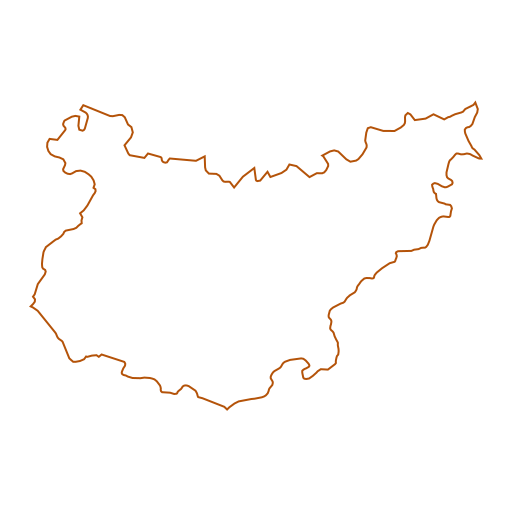 map outline of Badajoz (Robinson projection)
{"feature_id": "ESP-5807", "entity_name": "Badajoz", "entity_type": "Autonomous Community", "adm_level": 1, "iso_a3": "ESP", "parent_name": "Spain", "parent_adm1": "", "projection": "robinson", "projection_center": [-5.947, 38.694], "detail": "fine", "context": "isolated", "style": "outline", "palette": "amber", "viewbox_px": 512, "rotation_deg": 0, "n_neighbors": 0, "source": "natural_earth", "source_scale": "10m", "svg_char_len": 5836}
<svg xmlns="http://www.w3.org/2000/svg" viewBox="0 0 512 512"><path d="M45.7,271.6L45.2,270.0L44.2,269.3L43.1,268.7L42.3,267.4L42.1,265.8L42.0,263.7L42.4,259.1L43.5,252.2L44.1,250.7L45.5,248.0L45.8,247.2L53.3,241.4L55.7,239.6L58.2,238.6L61.0,236.4L63.3,233.9L64.2,231.9L65.8,230.6L73.6,229.0L76.3,227.8L78.3,225.8L80.3,224.2L81.7,223.3L81.5,220.4L82.4,217.3L80.1,213.3L83.7,210.4L87.4,205.5L93.1,195.2L94.7,193.1L95.6,191.1L95.4,189.2L93.5,187.8L94.7,184.3L93.6,180.4L91.3,176.7L88.6,174.3L84.8,171.8L80.5,170.6L76.1,171.1L72.1,173.4L70.1,174.1L67.5,173.7L65.1,172.5L63.4,170.9L63.1,169.2L65.0,165.2L65.4,163.1L63.3,159.3L59.4,157.5L54.8,156.4L50.7,154.2L48.4,151.0L47.1,146.9L47.4,142.7L49.6,138.9L57.4,139.9L65.2,130.1L65.6,129.1L65.3,127.8L63.5,125.7L63.1,124.2L63.3,123.4L64.2,121.1L64.7,120.5L71.8,116.7L75.4,115.9L79.3,116.6L78.4,125.8L79.3,129.7L82.6,130.7L83.9,130.0L84.8,128.7L87.8,118.0L87.9,116.3L87.5,114.9L86.8,113.7L85.7,112.6L80.4,109.7L83.3,105.2L110.0,116.0L112.8,116.2L119.2,114.9L122.3,115.1L124.8,117.3L128.0,124.5L131.4,127.1L132.8,132.4L131.0,137.4L124.5,145.3L128.3,153.5L129.7,155.2L144.4,157.9L148.0,153.5L160.4,157.0L161.2,157.5L161.6,158.2L161.8,160.0L162.2,160.9L162.8,161.7L163.6,162.2L165.4,162.7L167.0,162.3L168.7,159.7L169.8,158.5L196.0,160.8L204.7,156.4L205.1,167.4L205.8,170.4L208.9,173.6L216.4,173.9L219.4,175.7L222.4,180.4L223.6,181.5L225.1,181.8L228.9,181.7L229.9,182.0L234.1,187.5L242.9,176.7L254.3,168.0L255.9,179.9L256.3,180.6L257.3,181.1L260.2,180.6L267.5,171.8L270.4,177.0L281.5,173.0L286.4,169.7L289.4,164.5L296.5,166.1L309.5,177.1L316.8,173.2L322.1,173.3L324.2,172.4L326.2,170.1L328.2,166.0L328.1,163.9L323.3,156.3L322.3,155.6L330.1,151.4L334.2,150.4L338.2,151.5L346.3,159.3L350.4,161.7L356.1,160.6L358.4,159.1L362.5,154.3L366.5,147.5L366.7,145.8L366.5,144.4L365.5,141.9L365.2,140.5L366.3,132.6L367.8,128.2L370.8,127.2L383.2,130.9L394.5,131.0L400.8,127.5L403.8,125.0L404.8,123.3L405.1,121.4L405.0,117.2L405.4,115.3L407.8,113.0L410.4,114.4L414.8,120.1L425.6,118.6L433.5,114.3L444.2,119.4L448.3,117.1L449.2,117.0L450.4,116.6L451.5,115.9L455.2,114.2L461.2,112.5L463.0,111.7L465.3,109.0L473.5,104.9L475.3,102.5L477.8,109.1L477.2,112.6L474.8,117.1L472.4,124.0L470.8,125.9L469.2,127.0L467.4,127.3L466.0,128.0L464.8,129.6L464.9,131.7L465.3,133.5L468.5,140.9L471.4,146.0L471.7,146.8L472.5,148.2L474.5,149.6L479.3,155.1L481.3,158.6L479.1,158.5L478.3,158.2L472.5,155.5L471.2,154.7L469.8,154.0L466.9,153.5L463.9,154.2L462.4,154.3L460.8,154.3L457.9,153.5L456.5,153.5L455.4,154.4L454.4,155.6L453.4,156.9L451.1,159.3L449.9,160.3L449.2,161.6L448.5,163.9L446.5,172.4L446.5,175.2L447.1,177.3L448.2,178.4L451.1,180.0L452.2,181.1L452.6,182.9L452.0,184.3L448.0,186.5L446.6,187.1L444.9,187.3L441.9,186.3L437.8,183.9L436.4,183.5L434.8,183.1L433.4,183.6L432.1,184.7L432.2,186.0L432.6,187.5L433.2,189.0L433.4,190.5L433.8,192.0L434.6,193.0L435.4,193.6L436.0,193.9L436.0,194.1L436.2,195.6L436.3,197.0L436.5,198.5L437.0,200.0L437.8,201.2L438.9,202.1L444.6,203.6L445.7,204.3L450.1,204.9L451.2,206.2L451.9,208.4L451.0,211.3L450.3,215.9L449.5,216.9L448.2,217.0L443.5,216.4L442.0,216.6L440.5,217.1L439.1,217.8L438.0,218.9L436.7,220.3L434.2,224.6L433.4,226.6L429.4,240.8L427.8,244.8L426.2,246.9L425.1,247.6L424.2,247.7L423.1,247.7L421.1,247.9L418.6,249.1L414.1,249.7L411.4,250.9L398.1,251.2L396.3,252.1L395.8,253.2L396.5,254.6L396.8,256.2L396.2,258.3L395.6,259.6L395.3,260.8L394.6,261.8L389.7,263.2L382.1,268.2L376.7,272.6L375.8,273.7L375.1,274.5L374.6,275.3L374.2,276.3L374.1,277.1L373.6,278.1L372.8,278.4L371.9,278.5L369.9,278.1L366.5,278.0L364.3,278.5L361.4,281.0L360.5,282.1L359.0,284.3L358.0,285.5L357.3,286.6L356.9,287.7L356.7,289.0L356.1,290.4L354.8,292.3L349.7,295.4L349.7,295.5L347.2,297.7L346.3,298.9L344.6,301.7L343.3,302.7L340.6,303.6L333.1,307.5L331.0,309.2L329.8,310.7L328.7,314.9L328.6,315.9L328.7,317.0L329.2,317.9L330.7,319.5L331.2,320.4L331.4,321.4L331.3,322.5L330.9,324.7L330.5,325.7L330.2,327.8L330.2,328.7L330.7,329.6L331.4,330.4L332.3,331.1L333.0,331.9L333.6,332.8L333.9,333.8L334.6,336.2L335.0,337.1L335.5,338.1L336.0,339.2L337.6,342.1L337.9,342.9L337.8,344.4L337.9,345.8L338.2,347.3L338.5,348.8L338.6,350.3L338.6,351.8L338.2,354.6L337.0,356.0L336.5,357.5L335.9,360.4L335.8,361.8L335.9,363.0L335.1,364.1L327.9,369.6L320.8,369.2L317.6,371.3L316.5,372.6L312.8,375.9L309.1,378.5L306.2,379.0L304.3,378.7L303.3,377.7L302.4,373.4L302.2,372.0L302.3,370.7L303.3,369.8L304.5,369.0L306.0,368.4L308.7,366.9L309.4,365.8L309.1,364.6L308.3,363.4L305.7,360.5L303.4,358.8L301.2,358.4L290.1,359.9L285.1,361.7L283.5,362.8L282.4,364.2L281.0,366.7L280.1,367.7L278.8,368.6L274.4,371.1L273.0,372.4L272.0,373.9L271.2,375.4L270.7,376.8L270.7,378.2L271.4,379.5L272.2,380.7L272.8,382.1L272.7,383.5L272.3,385.0L269.4,388.5L268.9,389.7L268.7,390.7L268.3,391.8L267.7,393.3L265.8,395.4L264.0,396.5L261.8,397.3L254.6,398.7L251.4,399.0L238.7,401.4L234.5,403.5L229.3,407.3L227.1,409.5L224.3,406.8L202.4,398.2L198.2,397.1L198.1,396.9L197.6,395.8L197.3,394.4L196.7,392.8L195.5,390.7L188.7,386.1L186.8,385.5L185.1,385.4L183.7,385.8L182.6,386.6L181.9,387.8L181.0,389.0L178.5,391.0L177.6,392.0L177.2,393.1L176.6,393.7L174.2,394.0L170.1,392.7L162.1,392.2L161.1,391.3L160.7,389.9L160.8,388.4L160.5,386.9L160.0,385.5L156.8,381.3L154.5,379.4L152.3,378.6L149.9,378.0L144.4,377.6L140.4,378.2L132.5,378.0L127.9,376.6L125.8,375.5L123.6,375.0L122.2,374.1L121.7,372.9L122.0,371.5L123.1,368.8L123.8,367.5L124.7,366.3L125.2,364.9L125.2,363.5L124.3,361.9L101.6,354.5L98.8,356.8L96.5,355.2L91.9,355.6L87.5,356.8L87.0,356.8L86.1,356.5L84.1,359.2L80.0,361.0L75.7,361.8L73.2,361.8L70.9,359.8L69.3,358.3L62.6,341.8L61.8,340.9L58.9,338.9L57.8,337.7L57.1,336.4L56.0,333.7L55.3,332.6L37.7,310.8L33.0,307.5L30.7,306.4L33.1,304.0L34.8,301.7L35.0,299.3L33.0,296.7L34.7,294.3L37.8,284.1L44.8,274.4L45.7,271.6Z" fill="none" stroke="#b45309" stroke-width="2"/></svg>